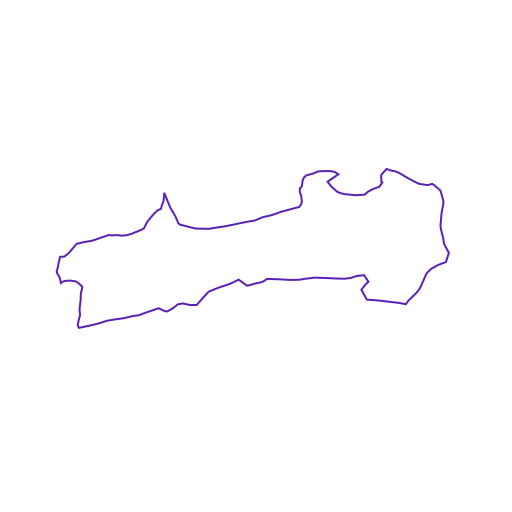 the district of Rania, As-Sulaymaniyah, Iraq, rotated 131°
{"feature_id": "34846034B64750454445952", "entity_name": "Rania", "entity_type": "district", "adm_level": 2, "iso_a3": "IRQ", "parent_name": "Iraq", "parent_adm1": "As-Sulaymaniyah", "projection": "albers", "projection_center": [44.943, 36.167], "detail": "fine", "context": "isolated", "style": "outline", "palette": "violet", "viewbox_px": 512, "rotation_deg": 131, "n_neighbors": 0, "source": "geoboundaries", "source_scale": "gbopen_adm2", "svg_char_len": 2302}
<svg xmlns="http://www.w3.org/2000/svg" viewBox="0 0 512 512"><g transform="rotate(131 256 256)"><path d="M385.1,403.3L390.4,400.6L393.9,398.5L398.7,396.1L399.5,394.7L401.1,389.9L404.4,385.5L402.2,385.1L399.7,383.4L396.7,380.4L393.3,375.2L393.0,372.2L393.0,369.1L393.3,366.7L395.8,365.3L398.0,364.3L401.0,362.2L403.8,359.8L412.4,353.9L415.7,350.2L420.6,347.8L425.1,345.3L426.4,342.5L415.3,334.1L409.8,330.3L403.1,326.3L396.7,321.1L390.1,315.3L381.2,308.9L377.9,305.8L369.3,301.0L359.3,295.2L357.6,289.1L356.2,286.7L351.8,285.0L347.9,284.0L343.8,283.3L339.9,280.2L336.3,273.7L331.9,268.6L321.7,268.6L313.9,268.3L304.5,263.5L295.1,258.0L293.4,257.0L285.2,253.6L284.3,243.3L282.1,241.6L278.2,239.2L276.1,237.6L273.3,235.5L270.5,233.8L266.1,232.7L257.8,222.5L252.3,215.3L245.9,208.1L241.8,204.7L233.8,197.5L227.4,189.6L220.6,181.0L215.0,174.2L210.4,170.1L204.6,166.6L199.6,161.8L201.6,154.3L206.2,154.7L212.3,154.3L216.2,143.7L209.3,134.5L197.2,116.7L194.1,111.3L189.6,111.7L178.1,110.7L172.3,111.2L164.9,113.5L157.2,115.9L151.0,115.4L146.7,113.9L142.9,112.5L136.0,108.7L127.1,112.5L124.4,119.6L124.3,119.8L123.2,122.5L120.1,125.9L115.1,133.1L112.4,136.4L101.9,144.1L95.3,147.9L91.8,150.3L86.4,158.4L85.6,160.3L85.6,164.6L85.6,168.0L86.0,170.4L89.8,172.8L94.4,180.0L95.6,183.9L97.5,192.0L99.4,202.6L100.9,206.9L102.8,209.8L104.7,214.6L112.9,214.6L117.5,210.3L117.5,208.9L122.9,208.4L129.1,211.8L134.1,213.7L138.4,214.2L144.6,220.5L151.5,230.1L154.2,236.3L154.2,244.5L153.0,250.7L140.3,247.5L140.9,251.8L142.3,254.2L144.2,256.9L149.2,262.4L151.7,264.8L155.5,266.5L162.4,271.0L165.2,271.3L168.5,270.3L173.2,267.2L176.3,267.2L179.0,264.8L181.0,261.4L184.6,257.3L186.8,256.0L190.7,255.6L194.2,258.0L197.8,260.4L205.8,265.9L213.3,270.0L218.5,273.5L221.9,276.2L230.2,280.3L236.8,285.8L253.9,298.8L258.6,302.9L266.7,309.7L275.0,319.7L282.2,334.0L282.2,336.1L278.9,342.9L275.8,352.2L271.9,360.1L268.5,366.8L270.3,365.2L275.3,361.8L280.0,360.1L282.7,358.7L286.6,360.4L291.3,360.7L296.9,360.7L302.1,360.4L308.8,358.7L311.5,359.7L315.4,361.7L321.0,364.5L325.1,367.2L328.7,370.6L331.2,374.4L334.9,378.1L337.1,381.2L339.8,382.6L344.8,385.6L348.7,387.7L352.9,390.4L355.7,392.8L359.6,395.9L362.6,397.9L364.3,399.3L370.4,399.3L377.0,399.2L382.3,400.3L385.1,403.3Z" fill="none" stroke="#5b21b6" stroke-width="2"/></g></svg>